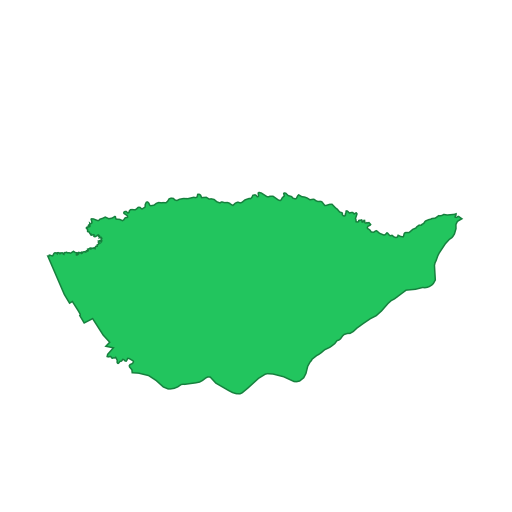 Goya, Corrientes, Argentina (orthographic projection), rotated 228°
{"feature_id": "61730980B9171790116436", "entity_name": "Goya", "entity_type": "district", "adm_level": 2, "iso_a3": "ARG", "parent_name": "Argentina", "parent_adm1": "Corrientes", "projection": "orthographic", "projection_center": [-59.153, -29.535], "detail": "fine", "context": "isolated", "style": "filled", "palette": "green", "viewbox_px": 512, "rotation_deg": 228, "n_neighbors": 0, "source": "geoboundaries", "source_scale": "gbopen_adm2", "svg_char_len": 6122}
<svg xmlns="http://www.w3.org/2000/svg" viewBox="0 0 512 512"><g transform="rotate(228 256 256)"><path d="M391.6,154.4L390.7,153.8L391.0,152.2L390.8,151.9L390.3,152.9L389.4,152.8L389.2,152.3L389.1,151.9L389.7,151.4L389.8,150.1L390.3,150.0L390.6,149.3L390.4,148.7L389.8,148.4L388.6,148.8L387.0,147.3L386.6,147.3L385.9,148.0L383.2,147.6L382.8,148.1L382.4,148.0L382.2,147.4L381.7,147.5L380.4,149.7L379.9,149.7L379.1,148.7L378.6,148.8L377.8,149.7L377.3,152.9L376.9,153.0L376.1,152.2L375.4,152.3L375.4,153.0L374.8,152.7L374.4,151.8L373.6,153.4L372.6,153.3L373.0,152.7L370.6,151.7L369.9,150.5L370.2,150.2L371.7,150.8L372.4,149.1L372.0,149.2L371.8,148.1L370.4,148.3L370.8,147.8L370.2,147.2L370.5,145.3L369.5,144.5L370.3,143.5L370.0,142.4L370.2,141.4L369.4,141.6L369.1,141.3L370.8,140.5L370.7,140.0L371.4,139.5L371.7,137.9L372.2,137.9L372.6,138.4L373.0,137.7L372.8,137.3L373.7,135.5L372.4,135.0L372.2,134.2L373.3,133.8L373.4,133.2L372.8,132.1L373.9,131.5L374.4,130.7L374.9,129.7L374.4,128.8L374.6,128.0L375.0,128.0L374.9,129.0L375.3,129.1L375.7,128.8L375.5,127.9L377.4,126.6L377.5,126.1L376.8,126.3L376.6,126.1L376.2,124.8L376.6,123.4L377.1,123.3L377.3,123.9L376.9,124.1L377.0,124.5L377.4,124.8L377.9,124.6L378.4,124.9L379.4,124.0L381.6,123.5L382.2,119.9L383.5,119.3L384.4,118.0L385.5,117.8L386.1,116.5L386.5,116.2L386.6,115.6L385.7,114.3L386.2,114.1L387.7,114.4L389.5,112.3L388.7,112.1L388.9,111.7L390.7,111.4L391.4,110.5L390.7,109.7L391.8,109.6L392.9,108.8L393.1,107.6L392.2,105.1L392.4,104.6L394.7,103.3L395.0,102.9L394.5,101.8L395.2,101.2L355.6,87.8L345.7,85.9L345.1,89.1L334.4,87.3L330.7,86.5L329.8,86.0L329.7,85.2L321.2,83.5L318.8,92.7L299.4,89.5L289.8,89.6L289.4,84.0L283.2,88.6L282.2,80.0L280.9,78.1L279.9,78.7L278.6,80.8L276.6,80.6L276.0,81.0L275.9,81.6L274.7,82.9L274.6,83.9L271.3,83.1L270.0,81.7L269.0,81.4L268.5,81.6L268.3,82.1L268.7,84.2L267.9,85.8L268.3,87.9L267.4,88.4L265.6,88.5L264.7,89.2L265.0,90.4L265.8,92.1L264.8,93.1L260.3,94.5L259.4,94.2L258.9,93.0L258.9,91.8L259.6,89.8L259.3,88.5L258.2,87.8L254.4,87.6L252.1,85.9L247.5,90.4L239.0,96.2L230.3,98.5L220.7,99.5L216.1,101.7L214.6,103.3L212.4,106.7L211.1,110.3L210.6,114.3L209.6,115.9L208.4,117.1L202.1,126.3L200.1,129.7L199.3,133.0L199.0,137.0L198.4,139.3L196.6,141.0L188.4,141.1L174.2,145.7L170.2,147.2L166.9,149.2L164.3,151.9L163.6,154.2L163.3,161.8L163.4,176.1L162.0,183.8L160.9,185.8L156.9,189.7L147.7,195.8L137.2,200.3L135.4,202.1L133.9,204.8L133.6,210.0L135.3,214.5L139.5,220.7L141.0,225.1L141.2,227.2L141.8,228.7L141.4,234.8L140.9,236.6L140.5,240.0L140.4,244.3L138.8,249.7L138.5,251.9L138.2,255.9L138.9,259.6L138.1,261.3L137.9,263.3L138.7,266.9L138.7,269.0L137.3,272.1L135.6,274.1L134.8,277.8L134.9,282.9L134.1,290.4L132.9,299.1L131.2,305.4L131.2,312.5L132.4,322.3L132.4,326.6L131.5,330.2L130.2,344.7L124.6,352.2L121.1,358.8L119.5,360.2L118.1,362.4L117.3,364.5L116.8,367.3L116.9,369.4L118.2,373.2L129.7,382.4L131.2,384.6L132.1,386.8L134.5,391.2L135.6,394.0L138.4,404.8L139.0,410.7L138.6,413.8L138.8,415.4L139.6,418.2L142.5,422.9L145.6,425.6L146.8,428.4L146.8,429.8L145.9,433.9L149.9,433.0L150.2,432.5L150.5,430.8L151.5,430.0L152.3,430.6L152.6,432.0L153.5,432.9L154.2,431.3L158.5,425.5L161.2,423.4L161.7,421.3L162.8,419.5L163.7,418.8L164.2,414.5L166.2,411.7L166.4,410.5L167.4,408.8L168.5,405.7L168.6,404.8L168.0,402.4L168.5,400.3L168.2,399.8L168.3,399.4L169.8,397.8L170.1,395.0L169.8,393.5L170.9,390.3L171.0,385.5L173.3,382.9L173.6,382.0L173.5,381.2L171.8,378.6L171.8,378.1L173.8,376.5L176.3,375.5L175.5,373.9L176.0,372.4L177.6,371.4L180.4,370.9L180.8,369.8L181.6,369.2L182.6,369.0L185.0,369.1L185.6,368.8L185.4,366.3L185.9,365.1L190.2,363.0L193.5,362.6L194.3,362.3L194.7,361.1L194.9,359.3L196.7,357.7L199.2,358.0L201.8,357.3L202.7,357.8L203.2,359.1L202.5,361.4L202.7,362.3L205.3,362.3L205.8,361.1L206.6,360.8L206.7,360.0L207.3,359.3L208.1,359.3L209.8,360.5L210.2,360.1L209.7,358.6L209.8,358.0L210.4,357.6L211.6,358.7L212.4,358.4L212.5,357.7L213.5,356.6L213.6,356.1L213.1,355.8L213.1,354.4L214.5,353.3L216.2,354.6L217.3,355.0L219.7,359.2L220.9,359.4L221.2,359.0L221.6,357.1L223.6,357.0L224.6,355.9L225.4,354.2L228.2,354.0L228.9,353.5L229.1,353.0L228.1,352.1L227.3,350.3L226.7,350.1L226.4,349.3L226.5,348.6L227.4,347.8L229.0,347.8L230.0,348.8L230.7,348.8L232.7,347.6L236.6,347.7L238.3,347.3L243.6,347.1L245.1,345.3L246.6,342.0L247.5,340.9L252.0,341.2L253.2,340.7L255.1,338.5L256.7,337.6L259.1,337.1L259.8,336.6L261.7,333.7L264.9,332.8L267.2,331.6L269.5,329.7L272.9,328.6L272.8,327.3L271.9,324.8L271.9,323.8L272.4,323.3L274.3,322.1L276.3,322.2L279.5,320.3L282.7,320.1L283.9,319.2L284.0,318.5L281.7,317.2L281.7,314.6L280.9,312.3L281.0,311.1L282.5,310.1L288.8,308.7L289.6,308.0L291.2,306.1L291.4,305.1L292.6,303.9L299.2,302.1L301.2,300.8L301.3,299.7L299.1,298.3L298.7,297.6L298.8,297.1L299.1,296.6L301.2,296.6L302.1,296.2L303.2,294.3L302.3,292.1L302.3,290.2L303.3,289.5L304.6,286.5L305.1,285.1L305.2,281.9L305.6,280.5L306.0,279.8L308.1,278.6L308.8,277.0L309.1,275.7L309.0,272.7L311.9,271.7L312.8,271.7L314.8,270.6L316.7,268.3L318.9,266.9L319.4,266.2L319.4,265.0L319.8,264.6L322.4,263.2L326.0,262.7L328.4,261.0L329.6,259.3L332.9,258.3L335.8,254.6L338.2,255.5L339.4,255.3L340.1,254.9L340.8,253.9L339.5,252.1L339.3,251.4L339.7,250.2L341.3,249.0L344.2,243.7L347.3,240.5L349.4,237.0L350.1,234.4L351.7,233.3L354.1,233.1L355.8,231.6L356.6,229.7L355.8,227.0L355.8,224.7L357.9,222.6L358.6,221.5L360.9,219.4L361.8,217.1L362.0,214.2L363.6,211.7L364.1,211.2L365.0,211.0L366.9,211.7L368.6,211.6L369.1,211.1L369.3,210.3L368.4,208.2L366.8,206.6L366.6,205.9L367.2,202.8L367.8,202.5L369.8,202.3L370.7,201.4L371.0,200.8L370.9,198.8L371.2,197.0L373.4,195.0L374.4,193.7L374.2,191.9L373.4,190.8L373.6,189.6L376.0,189.3L376.7,188.4L376.9,187.7L376.9,187.1L376.4,186.5L375.8,186.4L372.1,187.4L370.8,186.6L370.9,185.7L371.7,184.9L371.9,184.0L371.3,181.9L371.6,180.4L374.4,179.2L376.9,176.8L378.0,177.0L379.3,177.8L379.8,177.6L380.4,174.5L381.8,172.2L382.3,171.5L385.8,170.0L386.5,167.5L387.8,164.6L387.6,163.3L387.8,162.5L388.5,161.9L392.3,160.0L393.7,158.6L393.7,158.1L390.9,156.7L390.4,155.9L390.6,154.5L391.6,154.4Z" fill="#22c55e" stroke="#15803d" stroke-width="1.5"/></g></svg>